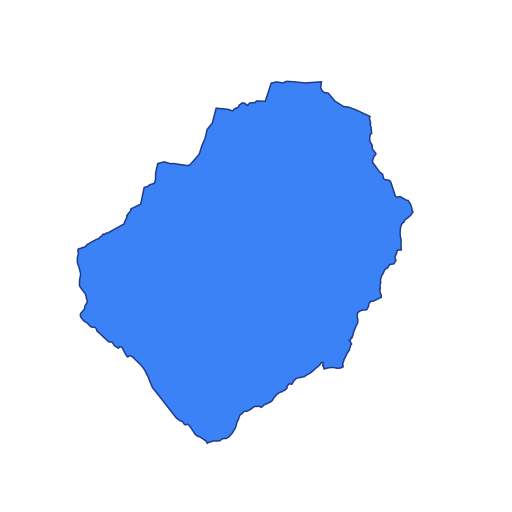 Baia De Aries, Alba, Romania, rotated 232°
{"feature_id": "2599482B67435785044540", "entity_name": "Baia De Aries", "entity_type": "district", "adm_level": 2, "iso_a3": "ROU", "parent_name": "Romania", "parent_adm1": "Alba", "projection": "robinson", "projection_center": [23.287, 46.379], "detail": "fine", "context": "isolated", "style": "filled", "palette": "blue", "viewbox_px": 512, "rotation_deg": 232, "n_neighbors": 0, "source": "geoboundaries", "source_scale": "gbopen_adm2", "svg_char_len": 5693}
<svg xmlns="http://www.w3.org/2000/svg" viewBox="0 0 512 512"><g transform="rotate(232 256 256)"><path d="M353.0,414.8L362.1,401.3L370.7,392.3L374.9,387.5L375.8,383.7L380.4,379.6L382.9,374.4L372.2,358.6L377.8,351.9L377.5,349.8L380.5,345.1L379.8,342.2L383.9,340.8L385.1,339.3L385.2,335.4L384.3,334.0L384.3,332.4L385.0,331.1L384.8,330.5L385.2,329.5L384.7,327.0L389.3,323.8L397.0,315.6L395.4,313.5L387.5,303.2L385.9,295.5L383.8,293.0L379.7,287.8L378.2,284.8L376.6,281.8L376.4,281.5L372.1,275.3L371.1,273.7L368.5,260.0L369.4,257.7L379.7,247.9L381.6,245.2L386.6,241.8L389.0,236.4L389.3,235.3L388.2,234.2L386.2,231.5L382.7,227.6L378.5,224.2L375.9,220.8L377.7,215.6L377.3,214.3L378.8,210.0L367.9,197.1L370.1,186.5L368.7,184.7L367.5,179.2L366.0,178.0L363.4,172.8L362.4,172.0L362.6,171.3L362.7,170.6L363.2,167.3L365.5,153.1L366.4,151.9L366.3,149.7L366.8,149.5L367.3,149.1L367.2,148.2L366.8,147.3L366.9,146.0L367.0,145.0L366.7,143.9L366.6,142.6L367.2,140.8L368.0,136.7L368.8,130.9L369.0,129.6L368.4,127.6L368.5,126.8L368.6,126.1L368.9,125.7L369.4,124.9L369.6,124.0L369.5,123.2L370.3,122.1L370.6,121.1L370.9,120.1L370.8,119.9L370.2,119.2L369.1,118.5L367.7,117.9L367.3,117.5L366.5,116.6L365.4,115.2L364.8,114.2L363.8,113.5L362.8,112.8L361.8,111.9L360.4,111.0L359.5,110.6L358.5,110.4L356.9,109.8L356.0,109.6L355.4,109.3L354.1,108.7L352.5,108.0L351.6,107.6L350.4,107.1L348.6,105.6L348.1,104.9L347.2,104.0L346.7,103.3L346.2,102.7L344.5,101.3L343.4,100.2L342.1,99.2L341.8,99.0L341.3,98.7L340.5,98.5L339.7,98.4L338.6,98.3L337.1,98.3L335.8,98.3L333.9,98.2L332.9,98.2L332.0,98.2L331.1,98.2L330.4,98.1L329.8,97.7L329.2,97.4L328.5,97.0L327.4,96.5L325.9,96.0L325.2,95.8L324.8,95.5L324.3,95.1L323.7,94.6L323.3,94.2L323.1,93.7L322.9,92.9L322.5,92.1L322.3,91.4L322.1,90.7L321.7,90.2L321.1,89.7L320.5,89.1L320.0,88.3L319.9,88.0L319.7,87.6L319.5,87.3L319.4,86.7L319.4,86.3L319.3,85.6L319.1,85.1L319.0,84.7L319.0,84.1L318.9,83.5L318.8,83.0L318.5,82.3L318.3,82.0L318.0,81.6L317.6,81.3L317.0,80.7L316.2,80.5L315.4,80.3L314.5,80.3L313.0,80.3L311.7,80.3L310.7,80.4L309.7,80.8L308.9,81.1L307.4,81.6L305.9,81.9L304.0,82.0L302.6,82.1L301.7,82.4L300.9,83.0L300.3,83.7L299.4,84.7L298.7,85.2L297.9,85.4L296.9,85.3L295.9,85.0L294.3,84.4L293.3,84.8L291.5,85.1L285.7,86.0L280.2,86.9L278.7,87.3L277.8,88.5L276.7,89.5L275.5,89.6L273.3,89.4L271.8,89.3L270.8,89.9L268.2,90.7L268.1,91.6L268.4,92.6L267.4,93.9L265.8,94.1L262.6,93.4L259.2,92.8L257.6,92.6L255.6,92.6L255.3,92.9L255.4,94.6L254.8,95.5L253.3,96.3L251.2,96.8L247.5,97.3L243.6,97.8L240.4,98.2L236.9,98.2L234.0,98.0L230.8,97.2L226.6,96.5L222.8,95.2L216.2,93.4L210.4,93.5L177.3,93.5L173.1,94.7L171.3,95.9L169.5,96.3L168.0,95.9L166.8,96.1L166.1,97.0L165.5,98.6L164.0,99.0L160.9,98.9L157.8,98.7L155.3,98.5L152.8,98.3L149.6,99.1L148.6,100.2L144.7,101.5L140.7,102.8L138.5,102.2L138.4,103.1L137.9,104.7L137.6,105.6L137.1,106.7L136.8,108.0L135.6,109.7L133.6,112.2L132.6,114.2L132.8,116.0L132.3,117.6L130.5,120.4L130.2,123.4L130.8,126.9L131.1,128.5L132.0,130.6L132.9,133.3L134.3,135.6L136.2,137.8L136.9,139.2L137.6,140.7L138.1,141.6L139.4,143.5L140.4,145.0L140.5,146.5L140.5,149.2L140.8,150.2L140.8,151.3L139.8,152.5L139.1,153.7L138.9,155.5L138.4,157.4L138.5,160.8L138.2,162.1L137.7,163.3L136.9,164.0L136.3,165.0L135.9,166.0L135.1,166.4L133.7,166.6L133.6,166.9L133.5,167.8L133.6,169.3L133.7,170.6L133.5,172.0L132.8,173.8L132.7,174.9L132.4,176.1L132.0,177.9L132.1,180.1L132.7,181.4L133.2,182.7L133.9,185.9L134.1,187.3L134.0,189.6L133.9,190.9L133.1,192.7L133.1,194.0L132.5,195.8L132.6,196.9L132.8,199.2L133.3,199.5L134.1,199.9L134.7,202.4L134.7,203.8L133.0,205.1L133.0,205.8L133.4,206.5L133.8,207.6L134.5,209.6L134.6,212.3L134.4,213.7L133.1,215.8L131.2,220.0L131.1,222.5L130.6,225.5L130.3,228.1L130.5,231.8L130.8,234.1L130.7,236.6L131.0,239.6L131.7,241.1L131.4,242.9L130.9,243.3L130.2,242.7L128.4,241.0L127.7,241.5L127.0,240.9L125.1,240.1L123.6,243.6L121.9,246.5L120.4,248.5L118.4,250.1L117.3,251.2L115.7,253.5L115.5,255.2L115.0,256.4L117.7,258.0L118.4,258.9L118.8,259.5L119.4,260.8L120.1,261.4L120.5,262.3L120.6,262.8L121.4,264.2L122.0,265.3L122.4,266.2L123.3,268.0L123.8,269.3L123.6,269.7L124.3,270.9L124.4,271.7L124.9,272.1L125.6,272.9L125.9,273.6L127.5,275.8L127.8,277.2L129.2,277.2L129.5,277.5L130.4,277.6L131.7,277.4L132.0,277.4L132.3,277.5L131.8,278.4L131.8,279.3L133.1,280.8L132.5,281.4L134.6,284.5L135.8,285.9L137.6,288.9L139.0,291.3L139.9,293.2L140.7,294.9L142.7,296.7L144.9,298.0L146.1,298.5L148.7,301.1L148.6,304.5L147.9,306.3L145.7,309.8L145.6,310.7L147.1,313.7L148.4,315.0L148.9,315.7L149.5,317.5L149.2,319.2L148.2,320.7L146.3,329.4L148.4,330.8L149.4,330.8L153.8,333.0L153.6,333.7L154.8,334.7L156.5,335.4L157.1,336.4L158.1,337.8L158.7,338.2L159.7,338.6L161.7,340.8L163.2,342.8L163.9,345.3L166.0,349.0L166.0,350.6L165.6,351.7L165.9,353.3L167.0,355.9L165.0,359.8L166.3,363.5L169.7,364.8L170.6,366.6L171.7,368.7L173.6,370.6L172.6,372.5L171.3,374.2L176.9,378.1L177.7,378.9L178.5,379.6L179.9,380.6L182.2,381.6L184.1,382.7L185.4,383.7L189.8,387.7L190.2,388.5L190.5,389.2L191.3,389.9L191.5,391.2L191.8,391.7L191.5,393.1L192.0,393.6L192.1,394.3L192.7,395.2L192.6,399.5L193.0,403.8L193.5,404.8L194.1,406.9L196.6,407.3L197.4,408.1L200.6,409.3L202.1,409.7L206.1,410.1L207.8,408.5L208.7,408.4L214.2,406.1L215.6,403.1L217.6,402.7L223.7,405.0L231.1,407.7L232.8,407.7L233.7,407.5L237.1,404.4L238.6,404.3L242.5,406.1L246.1,405.1L258.5,405.6L260.6,408.2L261.7,410.2L262.4,413.0L263.1,413.6L268.9,413.6L271.9,415.8L275.3,416.2L277.9,417.3L281.5,420.8L281.4,422.6L286.7,426.0L289.5,426.9L290.0,428.1L294.4,430.0L295.8,431.7L309.7,424.7L316.5,420.5L319.9,417.0L329.2,413.6L339.8,413.2L343.2,410.2L346.3,409.9L349.0,410.8L353.0,414.8Z" fill="#3b82f6" stroke="#1e3a8a" stroke-width="1.5"/></g></svg>